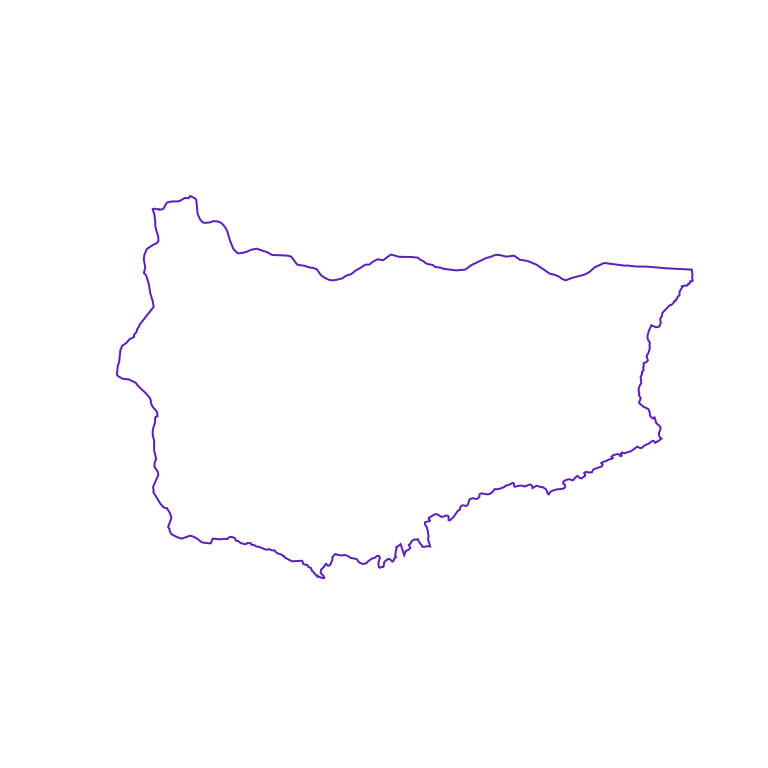 outline of Sotrile, Prahova, Romania, rotated 291°
{"feature_id": "2599482B85734359359227", "entity_name": "Sotrile", "entity_type": "district", "adm_level": 2, "iso_a3": "ROU", "parent_name": "Romania", "parent_adm1": "Prahova", "projection": "equal_earth", "projection_center": [25.714, 45.211], "detail": "fine", "context": "isolated", "style": "outline", "palette": "violet", "viewbox_px": 768, "rotation_deg": 291, "n_neighbors": 0, "source": "geoboundaries", "source_scale": "gbopen_adm2", "svg_char_len": 6166}
<svg xmlns="http://www.w3.org/2000/svg" viewBox="0 0 768 768"><g transform="rotate(291 384 384)"><path d="M601.1,630.4L593.1,605.8L588.0,588.0L583.8,576.5L581.8,568.6L580.9,566.9L575.9,546.2L568.4,538.8L561.9,535.5L558.0,532.0L550.4,521.5L546.0,516.6L545.8,513.2L546.9,509.3L547.1,504.2L546.4,499.2L550.1,483.6L550.3,473.9L548.7,466.1L550.4,459.5L546.7,452.4L545.9,446.3L544.7,442.1L540.1,437.0L538.6,434.6L526.6,423.2L519.8,418.7L515.9,410.6L512.9,398.4L512.9,395.2L511.6,389.8L512.6,386.7L511.6,381.4L511.8,379.3L512.8,376.8L513.0,373.2L514.1,370.6L512.4,364.1L508.1,352.4L507.4,344.4L506.1,343.2L499.1,338.8L498.7,335.3L497.7,332.9L494.4,329.9L490.3,327.6L489.0,324.5L487.4,322.7L485.1,321.3L479.8,316.9L474.7,313.9L471.4,309.7L467.7,307.3L463.4,301.0L462.0,298.0L461.6,295.4L461.8,291.1L462.8,286.5L467.0,280.1L467.0,275.9L466.1,273.0L465.8,267.0L464.4,261.2L464.7,259.6L469.7,251.7L469.2,247.6L464.4,233.4L465.2,227.5L464.7,216.6L461.5,211.6L457.9,208.1L454.0,202.0L453.8,200.1L456.0,195.1L462.4,189.1L470.5,182.9L473.5,179.5L475.6,175.6L476.1,173.8L476.2,170.5L474.7,166.0L472.6,163.8L470.3,159.2L470.0,157.7L470.3,156.1L471.2,154.4L471.9,153.1L476.1,149.0L488.7,142.7L489.7,140.5L490.0,135.6L487.4,135.0L486.3,131.4L481.4,127.4L480.0,124.8L478.6,120.9L475.9,116.7L474.4,115.9L469.7,115.5L468.0,114.8L466.1,111.9L466.6,111.4L465.7,109.2L465.6,107.1L464.4,105.4L459.9,108.9L454.1,112.1L450.0,113.6L445.8,116.4L441.2,120.1L436.9,122.1L434.2,121.6L430.7,118.2L425.1,114.2L418.8,114.0L414.6,114.9L407.4,119.3L401.6,120.1L400.6,122.4L399.7,123.4L393.1,128.6L384.8,133.4L378.3,138.5L373.5,141.3L351.6,134.5L350.3,134.8L347.5,134.0L343.3,134.2L340.7,133.0L338.2,133.7L334.5,130.3L330.0,128.8L325.6,125.7L323.1,126.0L321.7,125.6L309.5,128.9L305.2,129.0L297.2,131.3L296.6,131.7L296.0,133.1L295.2,138.4L296.8,143.9L296.2,151.8L294.1,155.0L289.8,165.4L287.4,169.9L285.8,171.7L282.3,173.6L279.7,176.3L277.4,181.0L276.1,182.4L272.7,184.1L271.5,182.6L270.6,182.5L265.7,184.1L260.6,184.3L256.6,185.1L253.1,186.6L248.6,189.8L239.6,193.2L232.4,198.2L228.4,198.0L224.6,199.3L221.1,204.1L218.3,205.9L205.6,205.3L204.4,205.6L202.5,207.0L200.6,207.2L191.9,218.4L189.8,222.6L190.2,225.9L186.7,230.5L182.9,233.5L173.1,233.7L172.0,235.4L169.8,236.8L168.0,238.9L167.5,240.0L167.0,244.8L166.9,248.6L167.4,250.9L172.7,257.1L173.1,258.6L173.0,263.6L170.9,271.1L172.8,278.5L173.3,279.4L178.3,279.5L180.4,287.2L182.0,289.7L182.8,292.4L183.3,293.5L184.5,293.8L186.0,295.0L186.8,297.5L186.5,300.4L185.2,301.2L184.6,302.6L185.2,304.1L184.2,307.0L184.6,311.5L185.3,312.8L186.5,313.3L187.6,316.6L186.3,318.2L187.2,320.0L186.5,322.9L187.2,325.8L187.0,332.7L187.6,334.5L188.6,335.5L188.6,339.3L189.4,341.8L188.3,343.4L187.7,345.4L188.1,349.3L187.4,350.6L187.5,352.5L186.4,353.5L185.5,361.7L189.6,370.8L189.0,371.7L187.3,372.9L186.9,373.8L187.6,377.2L186.1,378.9L186.0,381.9L183.7,383.7L183.3,385.5L182.2,386.7L181.6,388.5L180.8,389.5L181.4,390.6L180.2,391.3L180.8,392.1L180.7,395.7L181.5,397.7L181.9,397.5L183.0,396.5L184.8,392.6L187.9,391.8L192.7,393.8L194.9,393.9L195.2,394.9L194.2,397.0L195.7,398.5L201.4,398.8L203.9,397.9L207.8,399.4L207.9,401.9L208.7,406.0L210.3,408.4L210.5,411.8L209.7,415.3L210.7,420.6L210.6,421.6L209.2,423.5L208.5,425.3L208.4,429.0L210.6,431.9L213.0,432.8L216.7,435.3L218.1,437.4L220.7,439.0L221.8,440.4L220.7,442.3L214.7,443.0L211.2,444.8L211.0,446.2L212.4,447.3L212.5,448.2L213.2,449.0L217.7,448.1L219.1,448.6L222.2,450.6L222.6,451.9L221.2,455.5L222.3,456.3L224.4,456.0L226.0,457.0L227.1,457.2L227.6,456.0L232.2,454.9L235.3,454.8L236.0,453.9L237.6,455.3L240.4,456.9L231.5,464.2L235.6,464.1L238.1,466.3L240.5,467.3L242.7,464.8L244.7,466.0L247.2,466.1L249.8,468.0L250.2,469.9L251.3,471.0L248.4,474.3L247.0,477.0L245.9,477.9L246.2,479.8L247.8,481.9L248.9,485.3L254.9,480.7L257.8,480.2L263.3,477.0L265.5,475.3L267.6,472.6L268.8,472.0L269.8,472.0L272.5,475.8L273.1,475.9L274.2,474.0L275.1,473.8L280.3,477.9L281.1,479.0L281.4,480.6L280.6,484.7L280.7,485.9L283.6,489.4L283.9,490.8L283.5,491.8L280.1,493.0L280.3,494.4L284.8,496.6L292.1,498.4L293.8,499.9L295.8,499.4L298.2,499.9L299.1,501.3L299.6,504.5L301.1,505.5L306.9,505.2L309.2,507.7L309.5,510.7L310.1,512.0L312.8,513.5L314.9,512.8L315.8,513.0L316.9,514.4L317.9,519.9L319.1,521.9L321.0,523.5L325.6,525.1L326.4,527.5L328.4,530.5L331.2,533.4L332.8,534.2L334.2,536.2L337.8,539.7L337.8,540.8L335.3,542.1L335.0,543.1L337.7,546.9L338.6,549.5L338.6,551.8L342.6,556.4L342.2,558.4L340.1,560.0L343.6,562.7L344.0,565.0L343.8,567.1L344.6,568.7L343.9,572.6L342.9,574.0L340.4,576.1L339.9,576.8L340.1,577.4L342.7,577.9L344.8,579.5L347.6,583.2L350.2,588.3L351.2,589.5L352.6,589.9L353.8,589.6L355.0,588.5L355.2,587.1L355.6,586.7L357.3,586.5L358.2,587.1L360.4,589.2L361.5,591.2L361.7,594.8L367.2,597.1L367.5,598.3L366.4,600.1L366.4,601.3L366.8,602.3L370.0,604.5L371.3,604.2L372.6,602.8L373.5,603.2L374.6,604.9L374.7,606.7L376.0,609.7L379.2,610.0L385.2,616.9L387.3,617.0L388.1,615.2L390.4,616.9L391.2,618.5L394.4,621.3L396.1,623.9L397.1,624.0L397.8,622.4L399.4,623.3L402.4,627.2L402.5,628.9L401.5,630.2L401.6,631.2L402.4,631.5L404.2,630.3L405.3,630.5L405.3,633.0L409.8,638.7L416.2,642.8L416.0,646.1L416.9,647.7L419.7,649.0L423.1,652.4L427.2,655.1L427.5,656.0L426.3,658.4L428.0,659.3L428.7,660.5L432.4,662.6L432.8,660.9L434.7,659.1L437.1,658.2L439.9,658.4L443.0,657.6L445.2,652.0L449.7,648.8L449.7,648.2L448.4,647.7L448.1,647.0L449.5,644.0L452.9,642.1L455.4,639.5L455.8,634.0L457.9,628.7L462.8,628.8L464.9,626.0L466.6,625.8L469.8,623.7L474.2,623.3L477.1,623.9L482.4,621.1L485.9,621.3L487.7,620.5L489.9,621.4L492.4,620.0L493.8,620.1L496.0,619.0L496.8,619.1L498.1,620.9L500.5,621.9L504.3,619.1L507.1,619.7L512.4,619.4L515.8,617.8L517.8,617.5L520.3,614.2L523.0,612.8L528.6,612.2L534.7,612.6L534.4,617.4L535.5,619.6L537.0,620.6L540.1,620.5L543.9,618.5L547.2,619.1L550.2,618.4L560.2,622.7L560.5,623.6L561.4,624.3L564.2,625.4L565.2,625.2L566.6,626.6L567.7,626.3L568.5,626.9L571.1,627.0L572.6,628.1L576.3,626.8L581.0,627.7L582.1,627.1L582.7,628.8L584.1,629.8L584.2,631.5L585.1,632.1L587.0,632.2L587.1,633.1L587.9,633.4L589.7,633.1L590.3,634.8L591.5,635.1L593.7,633.5L596.1,633.0L601.1,630.4Z" fill="none" stroke="#5b21b6" stroke-width="2"/></g></svg>